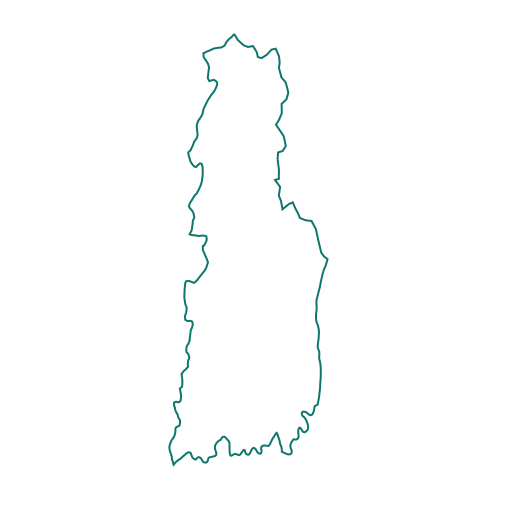 Pastavy, Vitebsk, Belarus (Natural Earth projection), rotated 97°
{"feature_id": "67162791B41761210959552", "entity_name": "Pastavy", "entity_type": "district", "adm_level": 2, "iso_a3": "BLR", "parent_name": "Belarus", "parent_adm1": "Vitebsk", "projection": "natural_earth1", "projection_center": [27.066, 55.118], "detail": "fine", "context": "isolated", "style": "outline", "palette": "teal", "viewbox_px": 512, "rotation_deg": 97, "n_neighbors": 0, "source": "geoboundaries", "source_scale": "gbopen_adm2", "svg_char_len": 5339}
<svg xmlns="http://www.w3.org/2000/svg" viewBox="0 0 512 512"><g transform="rotate(97 256 256)"><path d="M61.7,332.8L65.0,332.2L66.9,330.5L71.1,327.0L74.4,325.6L79.1,325.6L85.2,325.6L88.1,323.7L87.1,321.5L86.3,319.2L87.1,317.5L88.3,315.8L90.8,315.4L94.8,316.5L98.1,317.8L101.3,319.9L105.2,321.8L107.7,323.0L112.7,324.7L116.5,326.0L119.4,326.2L122.3,326.6L125.7,328.1L128.6,329.7L131.9,330.6L134.8,330.6L138.8,329.7L142.7,328.7L146.1,329.1L150.2,331.3L154.6,332.4L159.0,333.8L161.3,335.8L163.6,335.4L166.7,334.0L170.5,332.4L173.4,329.8L174.8,328.0L175.0,326.3L172.5,324.5L170.8,322.8L171.3,321.1L174.0,319.9L177.5,319.3L182.1,318.8L188.5,318.8L192.9,319.6L196.7,320.8L201.3,322.5L203.3,324.2L207.7,326.2L211.5,328.0L214.8,328.7L217.1,327.0L218.1,325.6L220.4,323.6L225.2,321.9L228.7,323.0L232.1,322.8L234.6,322.9L238.5,323.0L242.5,324.6L243.1,322.2L242.9,319.2L243.1,315.0L242.3,312.1L242.1,309.3L242.5,307.7L244.3,307.2L246.6,306.9L251.8,308.7L252.5,309.9L256.2,309.6L259.6,307.7L264.4,304.8L268.1,302.9L274.1,304.0L277.5,305.6L280.0,307.2L282.7,308.9L287.5,311.7L290.2,314.1L289.2,318.1L288.9,319.9L289.6,322.3L291.5,322.9L292.9,322.9L297.7,322.8L303.7,322.3L306.4,322.0L312.9,320.1L314.2,319.1L316.4,318.4L320.6,318.4L324.6,319.3L327.9,318.4L328.9,316.2L328.3,312.8L329.0,311.3L331.5,310.4L334.6,310.7L337.5,311.7L341.5,311.7L344.6,311.7L347.9,311.6L351.2,312.4L354.2,313.8L357.3,313.8L359.8,313.4L361.5,311.3L364.4,309.9L366.0,309.9L367.9,310.6L371.5,310.6L374.2,309.9L376.9,311.8L378.7,313.5L382.1,315.5L384.4,315.0L387.1,314.2L390.2,313.7L394.6,313.4L396.7,315.2L396.8,315.4L397.7,315.1L401.8,313.9L404.6,313.2L407.3,313.2L409.0,313.3L410.6,314.6L410.6,316.6L410.4,317.6L411.5,319.5L414.8,319.0L415.9,318.2L417.6,317.7L420.1,316.6L421.8,315.4L422.9,314.5L425.9,313.4L427.2,312.3L428.2,311.4L430.3,311.1L431.5,311.1L433.2,311.2L434.2,311.8L434.8,313.1L435.6,314.3L437.2,314.9L439.7,314.7L441.8,314.6L445.5,315.3L447.9,316.7L450.0,317.6L452.0,318.1L454.0,318.6L456.1,318.7L457.4,318.5L459.6,317.9L460.9,317.2L463.1,316.3L465.2,315.2L467.9,314.6L471.2,313.2L473.2,312.3L470.5,310.6L468.3,308.6L466.4,306.3L464.4,304.6L462.4,302.8L459.9,300.5L459.0,298.9L459.2,297.1L460.8,296.2L462.0,295.5L463.6,294.7L464.3,293.7L465.1,292.5L465.3,290.9L464.0,290.1L463.0,289.1L462.6,288.2L462.9,287.0L463.6,285.9L464.7,285.0L466.2,283.9L466.9,283.0L467.3,281.9L467.0,280.1L465.7,279.0L464.3,278.9L462.4,278.5L461.4,277.5L461.0,276.2L460.3,274.2L459.8,273.2L459.5,272.2L458.4,271.3L456.6,271.3L455.4,271.8L453.3,272.8L451.7,273.4L449.8,273.5L448.7,273.4L446.1,272.2L444.9,271.3L443.5,269.9L442.7,268.6L440.5,267.7L439.5,266.8L439.2,265.2L439.9,264.1L440.9,263.0L441.8,261.9L443.5,260.1L445.5,259.4L448.3,259.1L451.4,258.7L453.6,258.3L455.2,257.9L457.1,257.1L457.2,256.0L456.4,255.0L455.6,254.0L455.0,252.6L455.0,251.4L455.6,249.9L455.6,248.3L454.8,247.3L453.2,246.5L451.4,245.6L450.1,244.7L450.1,243.6L450.9,243.1L452.1,242.7L453.4,241.9L454.2,240.5L454.1,239.1L452.7,238.0L451.2,237.5L448.4,236.6L447.2,235.8L446.8,234.9L447.0,233.8L447.6,233.0L448.6,232.2L449.5,231.5L450.9,230.4L451.5,229.3L451.8,228.0L451.0,226.9L448.9,226.7L448.2,226.8L446.9,227.5L446.0,227.5L445.2,227.5L444.0,226.8L443.1,225.3L443.0,223.9L443.0,222.2L443.1,220.6L441.4,219.3L439.7,218.8L437.0,217.9L435.6,217.4L432.8,216.0L429.9,214.7L429.0,214.0L429.8,213.2L431.9,212.3L434.0,211.2L436.0,210.3L437.3,209.8L439.0,209.4L441.3,208.2L443.0,207.3L444.6,206.9L446.2,206.5L447.1,206.5L447.7,204.8L448.1,203.4L448.4,202.4L448.8,201.3L448.9,200.4L448.9,198.7L448.5,197.7L447.5,196.7L446.6,196.7L445.2,196.7L443.6,197.5L442.3,198.2L440.1,198.8L437.2,198.4L434.4,197.0L433.4,196.4L433.3,195.2L433.4,193.9L432.4,192.4L430.3,191.7L429.1,191.8L427.0,192.4L423.9,192.8L422.4,192.7L421.1,191.9L421.3,191.1L422.6,189.7L423.9,188.7L425.0,187.6L424.9,185.8L423.5,184.4L421.6,183.4L419.9,183.4L418.1,183.6L415.8,184.6L413.8,185.6L411.2,187.4L409.9,188.8L409.1,190.3L407.4,191.2L406.1,191.3L404.8,190.7L404.7,188.8L404.8,187.4L406.1,185.4L407.1,183.8L407.3,181.8L406.1,180.6L403.3,179.8L401.4,179.6L399.2,179.6L398.1,179.4L397.1,178.6L396.8,177.8L396.1,176.8L393.6,176.6L391.2,176.4L387.6,176.2L383.6,176.3L380.0,176.3L375.7,176.6L371.0,176.9L367.7,177.0L363.9,177.5L360.0,178.0L356.8,178.6L353.1,179.6L350.8,180.6L348.1,181.1L346.3,181.1L343.4,181.5L341.9,182.4L338.4,183.8L335.8,183.8L330.4,183.8L328.9,183.9L326.6,184.0L322.8,184.4L320.0,185.1L316.6,186.5L314.5,187.7L311.8,188.6L308.7,189.1L306.1,189.3L303.0,189.3L299.7,189.5L296.7,190.1L292.8,190.6L290.8,190.3L286.5,189.8L278.6,188.8L273.7,188.5L270.4,188.2L265.5,187.7L261.1,186.9L256.8,185.6L250.4,184.6L248.2,188.4L244.6,191.7L231.7,196.5L222.1,199.8L214.5,205.1L214.5,211.0L213.0,216.9L208.5,219.6L203.4,223.1L198.3,226.0L200.4,229.7L206.4,235.4L198.6,237.8L193.2,240.7L184.5,240.5L178.2,246.4L176.7,242.7L167.4,243.8L157.1,246.4L150.5,246.7L148.5,242.3L143.1,239.8L133.7,243.1L129.5,246.7L123.2,252.2L118.7,250.0L111.2,247.8L101.9,249.1L96.8,244.9L90.2,243.8L85.1,245.6L79.7,248.0L75.8,252.4L66.8,256.1L61.1,256.1L55.0,257.5L47.8,261.7L49.3,265.8L54.7,269.6L58.9,274.5L58.3,278.4L53.4,280.2L48.0,284.6L49.5,289.5L48.3,294.1L43.7,300.5L38.9,304.1L38.8,304.9L42.1,307.3L44.0,309.3L47.2,311.4L51.0,312.8L53.3,315.9L53.8,318.3L55.2,323.2L57.5,326.7L58.9,329.4L61.2,332.9L61.7,332.8Z" fill="none" stroke="#0f766e" stroke-width="2"/></g></svg>